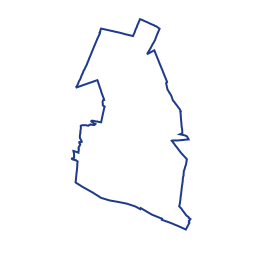 Vrata, Mehedinti, Romania, rotated 354°
{"feature_id": "2599482B32137491350776", "entity_name": "Vrata", "entity_type": "district", "adm_level": 2, "iso_a3": "ROU", "parent_name": "Romania", "parent_adm1": "Mehedinti", "projection": "albers", "projection_center": [22.837, 44.188], "detail": "fine", "context": "isolated", "style": "outline", "palette": "blue", "viewbox_px": 256, "rotation_deg": 354, "n_neighbors": 0, "source": "geoboundaries", "source_scale": "gbopen_adm2", "svg_char_len": 5628}
<svg xmlns="http://www.w3.org/2000/svg" viewBox="0 0 256 256"><g transform="rotate(354 128 128)"><path d="M187.1,145.7L187.0,145.3L185.8,142.6L185.5,142.3L183.6,141.2L179.0,139.7L180.7,139.2L181.2,139.1L181.4,139.0L181.5,138.9L181.7,135.1L181.6,133.0L181.5,132.7L181.5,132.3L181.5,130.9L181.6,129.0L181.6,126.5L181.6,125.8L181.6,125.3L181.7,122.3L181.8,121.4L181.8,120.1L181.8,119.3L181.8,118.2L181.7,117.3L182.2,117.2L182.2,116.9L181.7,115.3L181.5,114.9L179.8,112.1L179.6,111.7L179.1,110.8L178.2,109.5L177.7,108.5L176.5,106.6L176.4,106.4L176.1,106.0L175.6,105.3L175.3,104.1L175.0,103.0L174.9,102.5L174.4,100.4L174.2,99.9L172.6,96.6L172.1,95.4L171.4,94.1L171.3,93.8L171.2,92.5L171.1,92.4L171.0,91.2L170.6,87.4L170.7,87.2L170.9,86.9L171.5,86.7L171.7,86.3L171.6,85.9L169.1,77.3L168.4,74.7L168.3,74.3L168.2,73.9L167.3,71.0L166.6,68.6L165.9,66.2L165.4,64.3L164.4,60.9L162.8,55.4L162.3,53.5L155.3,56.3L155.1,55.9L158.5,51.4L161.0,47.6L162.6,45.5L164.0,43.4L164.4,42.8L165.0,41.3L166.2,39.1L168.2,35.4L169.8,32.6L166.9,29.9L166.5,29.7L165.6,29.4L165.2,28.9L160.7,26.4L158.7,25.1L156.0,23.6L155.4,23.3L154.4,22.6L153.8,22.2L153.4,22.1L152.6,21.6L151.3,21.0L150.2,23.1L149.8,23.7L149.3,24.8L148.6,25.8L148.1,26.8L147.8,27.1L147.8,27.3L147.6,27.8L147.4,28.3L147.0,29.1L146.5,29.7L145.9,30.7L145.4,31.9L145.1,32.3L144.9,33.1L144.8,33.3L143.8,34.9L143.6,35.3L143.0,36.3L142.6,37.1L140.5,36.3L139.8,36.1L137.4,35.2L136.9,35.1L134.3,34.2L133.0,33.6L129.3,32.2L125.0,30.8L116.5,27.9L115.9,27.7L113.7,27.0L111.6,26.3L111.1,27.2L110.4,29.0L109.8,30.0L110.1,30.1L110.0,30.3L110.0,30.7L109.8,31.3L109.7,31.5L109.4,31.8L108.4,33.5L108.1,34.0L107.8,34.4L106.7,36.3L106.4,36.9L105.8,38.0L105.6,38.3L105.1,39.3L104.8,39.8L103.7,41.8L103.4,42.5L102.9,43.2L102.5,44.0L99.5,49.5L99.3,50.1L98.2,52.0L98.0,52.3L97.8,52.8L96.7,54.6L96.6,55.0L96.1,56.0L95.8,56.6L95.2,57.5L95.0,57.8L94.9,58.0L94.8,58.4L94.7,58.8L94.2,59.4L93.8,60.4L93.0,61.7L92.0,63.2L91.3,64.4L91.1,64.6L90.9,65.1L90.5,65.8L90.1,66.1L89.9,66.4L89.6,66.8L89.4,67.3L89.1,67.8L89.0,68.3L88.3,69.2L88.2,69.6L87.8,70.3L87.6,70.6L86.7,72.1L86.4,72.6L86.3,73.2L85.6,74.4L85.5,74.6L85.3,74.9L85.1,75.1L84.4,76.0L83.9,76.8L83.5,77.7L82.9,78.9L82.6,79.3L81.6,81.0L81.3,81.5L80.9,81.7L81.1,82.3L90.6,80.0L98.8,78.1L102.5,77.2L102.7,77.7L103.0,78.7L103.1,79.7L103.9,83.0L104.1,84.5L104.7,86.4L105.0,88.2L105.4,90.1L105.5,90.6L106.2,93.3L106.5,94.6L106.9,95.8L107.1,97.2L107.2,97.6L106.2,97.7L106.1,97.8L105.9,98.2L105.5,99.2L105.4,100.1L105.5,100.6L105.3,102.6L105.4,102.8L105.9,103.2L105.9,103.5L106.1,103.7L106.7,104.0L106.9,104.1L107.1,104.3L107.0,104.6L106.6,105.2L106.2,106.2L106.0,106.9L105.4,108.7L102.5,117.5L101.9,119.3L101.9,119.5L101.7,119.5L98.7,118.6L98.3,118.3L97.9,118.3L97.2,118.2L96.9,118.2L95.1,117.5L93.4,117.0L92.7,117.0L92.2,117.3L92.2,117.6L92.5,117.9L94.0,119.2L94.6,120.0L95.2,120.4L95.8,120.4L96.1,120.6L95.9,120.8L95.5,121.1L95.0,121.4L94.6,121.5L92.6,121.1L91.2,120.5L90.9,120.6L90.4,121.0L89.5,121.1L89.0,121.5L88.8,121.6L88.4,121.5L86.7,120.9L84.6,120.6L82.6,120.5L82.0,120.7L81.5,120.7L81.3,120.8L81.1,122.0L81.2,122.3L81.2,122.9L81.1,123.3L81.0,123.8L80.8,124.7L80.6,125.1L80.4,125.8L80.3,126.7L80.1,127.1L80.1,127.6L80.2,127.9L80.1,128.2L80.0,128.3L79.8,129.0L79.5,129.8L79.3,130.8L79.2,131.1L79.2,131.6L79.3,132.2L79.2,132.4L79.1,132.8L79.2,133.2L79.3,133.5L79.6,133.9L79.8,134.5L79.9,134.9L80.1,135.2L80.3,135.5L80.5,136.1L80.5,136.5L80.5,137.0L80.4,137.0L79.4,137.1L78.3,136.8L78.2,136.9L78.0,137.1L78.0,137.6L78.2,138.3L78.4,138.6L78.6,138.8L78.8,139.2L78.7,139.5L78.4,139.9L78.2,140.2L78.1,140.7L77.7,141.1L77.3,141.3L77.0,141.9L76.9,142.4L76.7,142.7L76.6,143.4L76.7,143.9L76.9,143.9L76.9,144.1L76.8,144.6L76.6,144.8L76.6,145.0L76.5,145.7L76.3,146.3L76.3,146.5L76.2,146.7L76.0,147.0L76.0,147.3L74.8,146.6L73.9,146.3L72.3,145.5L71.3,145.1L71.3,145.6L71.4,146.1L71.6,147.6L71.6,148.3L71.5,149.9L71.4,150.0L71.4,151.2L71.4,151.6L71.0,152.2L70.9,152.3L70.2,152.3L69.3,152.4L69.1,152.4L69.0,152.5L68.9,152.7L68.9,152.8L69.3,153.0L69.9,153.5L70.0,153.6L70.2,153.8L70.4,153.8L70.7,153.9L71.0,153.9L71.3,153.9L71.9,154.4L72.2,154.3L73.5,154.9L73.2,154.9L73.2,155.1L73.7,155.4L73.8,155.5L74.4,156.0L74.3,156.8L73.8,158.3L73.7,158.8L73.8,159.1L73.7,160.1L73.5,160.6L73.3,162.1L72.6,165.4L72.3,166.7L72.1,167.5L70.2,176.7L76.5,181.7L86.0,188.4L94.0,194.7L102.1,198.1L110.5,200.5L118.9,203.1L127.1,206.8L131.7,210.0L132.3,209.0L142.8,216.7L152.4,221.8L152.0,222.8L160.2,226.7L167.9,230.9L174.9,235.0L179.0,228.9L178.8,228.5L179.1,228.3L179.1,228.0L178.7,227.1L178.7,226.9L179.5,226.3L179.8,226.0L180.6,225.1L179.3,224.0L179.0,223.8L179.1,223.2L178.9,222.9L177.2,221.4L176.7,220.8L175.9,219.4L175.7,219.1L175.2,218.2L174.3,216.7L173.5,215.4L172.9,214.2L171.4,212.1L170.7,211.2L171.6,208.8L172.6,204.9L172.7,204.6L172.7,204.2L172.8,204.0L172.8,203.6L172.9,203.1L173.1,202.4L173.3,201.7L173.3,201.2L174.0,198.8L174.1,198.1L174.2,197.7L174.5,196.4L174.8,195.2L174.8,194.8L174.9,194.5L175.0,193.8L175.3,192.9L175.6,191.5L175.9,190.3L176.2,189.5L176.2,189.2L176.3,188.8L176.5,188.1L176.6,187.4L176.9,186.7L176.9,186.1L177.0,185.8L177.0,185.5L177.2,184.5L177.3,183.9L177.7,182.5L178.0,181.8L178.3,181.0L178.4,180.4L178.4,180.0L178.4,179.7L178.5,179.3L178.8,178.3L178.9,177.3L179.0,176.7L179.1,176.4L179.7,175.5L180.4,173.6L180.7,172.9L180.8,172.5L181.7,170.8L182.2,169.2L182.4,168.4L182.7,167.5L182.9,166.5L183.3,165.4L183.3,165.2L178.3,158.5L175.7,154.3L175.0,153.0L173.4,150.6L171.0,146.4L170.1,145.2L170.3,145.1L170.8,145.1L174.0,145.3L174.6,145.4L176.5,145.6L178.4,145.6L180.3,145.6L181.4,145.7L183.3,145.6L187.1,145.7Z" fill="none" stroke="#1e3a8a" stroke-width="2"/></g></svg>